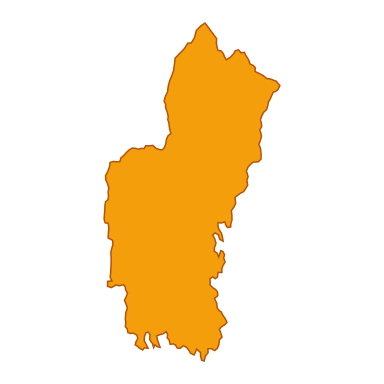 outline of Córrego do Ouro, Goiás, Brazil
{"feature_id": "56859067B22352595900179", "entity_name": "Córrego do Ouro", "entity_type": "district", "adm_level": 2, "iso_a3": "BRA", "parent_name": "Brazil", "parent_adm1": "Goiás", "projection": "equal_earth", "projection_center": [-50.579, -16.362], "detail": "fine", "context": "isolated", "style": "filled", "palette": "amber", "viewbox_px": 384, "rotation_deg": 0, "n_neighbors": 0, "source": "geoboundaries", "source_scale": "gbopen_adm2", "svg_char_len": 3431}
<svg xmlns="http://www.w3.org/2000/svg" viewBox="0 0 384 384"><path d="M204.2,361.0L205.3,356.2L208.1,352.6L207.9,348.8L211.2,348.6L214.7,350.6L217.2,348.4L218.8,345.0L219.5,339.7L222.0,337.1L220.7,332.7L219.4,329.3L221.1,327.1L224.6,324.8L227.0,322.3L225.0,318.3L222.6,314.9L221.2,311.9L219.0,310.4L217.1,307.7L216.8,303.4L214.5,298.4L217.8,295.7L217.5,291.9L215.5,289.4L212.7,287.6L210.1,285.1L210.2,281.9L210.0,278.7L212.7,276.9L215.2,278.7L217.4,277.2L218.1,272.4L221.9,272.5L221.8,269.0L222.8,265.8L225.1,262.0L223.7,258.0L224.5,254.6L222.9,251.5L220.7,250.6L219.7,254.3L218.6,256.9L217.3,253.3L214.3,251.1L214.4,248.0L216.0,243.2L214.7,238.7L212.7,235.2L215.0,232.9L218.2,234.7L219.8,239.4L223.1,241.2L222.6,237.9L221.5,233.3L219.2,229.8L218.0,226.7L218.0,222.6L221.4,223.0L224.8,221.8L225.8,225.2L227.5,227.5L230.7,227.0L230.8,223.8L232.0,219.9L231.9,215.4L231.4,210.5L234.0,207.0L235.7,203.2L235.0,197.4L238.1,194.9L241.0,192.9L243.6,191.7L245.5,188.8L247.7,185.1L246.9,180.2L248.1,176.6L246.4,171.0L248.1,167.0L250.6,164.3L253.3,162.0L255.5,162.0L258.3,161.8L261.0,159.2L261.1,154.0L260.5,148.2L258.8,144.3L260.2,141.0L261.5,136.3L260.8,132.8L259.7,130.0L261.6,126.8L261.4,123.1L260.4,119.9L261.5,116.6L263.5,112.5L266.7,109.4L267.8,105.5L268.3,102.4L270.0,99.4L271.6,95.8L273.2,92.2L275.8,91.3L278.0,89.6L279.9,85.5L277.9,83.4L276.1,81.1L273.9,80.4L271.7,79.4L269.2,78.8L266.8,78.6L263.4,75.7L260.3,74.0L255.0,71.5L255.3,67.7L253.2,65.4L250.2,64.1L248.4,59.4L245.9,55.6L244.4,52.3L241.0,52.8L238.5,49.8L235.3,50.7L233.7,53.6L230.5,57.1L226.2,59.8L224.7,57.1L223.4,53.8L221.3,51.0L217.9,50.3L216.8,46.0L216.4,42.9L216.6,38.6L205.0,23.0L201.0,25.8L196.4,30.4L194.4,37.9L191.3,42.9L187.8,43.2L184.3,48.7L175.1,58.2L174.6,63.2L173.6,70.3L171.4,76.8L169.8,80.2L168.2,86.4L167.6,91.8L165.4,96.3L164.1,101.0L165.6,104.3L165.6,107.7L167.1,111.6L168.2,116.3L167.8,119.6L168.9,122.9L169.2,126.0L169.8,129.6L170.9,133.4L167.8,136.1L166.3,139.9L165.8,144.0L164.2,147.9L161.9,150.1L158.7,149.3L155.9,148.2L152.9,145.4L148.5,145.9L145.7,145.7L144.1,148.6L141.2,148.3L138.2,149.3L135.5,148.3L132.3,148.1L129.2,149.9L126.5,152.4L123.7,155.6L121.0,157.8L119.9,161.4L117.1,161.9L113.8,161.4L110.1,162.4L109.5,167.0L107.6,171.8L105.6,175.4L105.7,179.6L107.4,183.3L108.8,188.0L108.1,192.1L108.5,196.4L108.0,199.6L105.5,201.9L104.9,206.0L104.8,209.8L104.4,214.6L104.1,219.2L105.2,222.9L108.2,223.3L108.8,228.2L108.4,232.7L108.1,237.9L112.6,240.4L112.9,244.5L111.8,248.3L110.8,252.6L111.2,257.7L111.1,265.0L110.8,269.2L110.7,272.8L110.1,276.9L111.9,280.9L107.6,281.3L107.5,286.3L111.2,287.6L114.0,286.2L116.1,284.9L119.2,285.8L123.4,284.7L125.2,286.8L125.6,289.9L127.5,293.1L126.4,296.2L124.5,300.3L126.4,305.0L127.4,308.1L125.9,312.2L125.3,318.7L125.8,322.9L125.3,326.7L127.2,328.9L127.9,332.6L130.2,333.5L133.0,333.0L137.0,335.2L137.7,338.8L136.1,341.5L135.2,344.9L137.3,346.1L139.6,348.3L142.7,350.0L144.3,347.9L148.0,348.2L146.2,344.6L144.2,340.4L144.5,336.2L146.1,332.6L148.3,332.1L150.0,334.7L149.7,339.7L152.6,343.8L153.6,347.6L154.8,344.8L157.4,346.8L160.1,347.3L158.8,343.8L157.7,340.7L156.6,335.9L159.8,334.7L162.9,333.9L166.1,331.6L167.6,334.5L167.2,337.9L169.0,339.7L170.2,344.4L173.1,343.8L175.5,345.1L177.2,348.0L180.0,348.4L183.6,345.6L186.7,347.6L189.1,350.6L190.5,353.2L194.0,355.0L195.6,352.0L196.5,349.1L198.4,350.6L200.4,352.5L200.6,356.2L201.6,360.2L204.2,361.0Z" fill="#f59e0b" stroke="#b45309" stroke-width="1.5"/></svg>